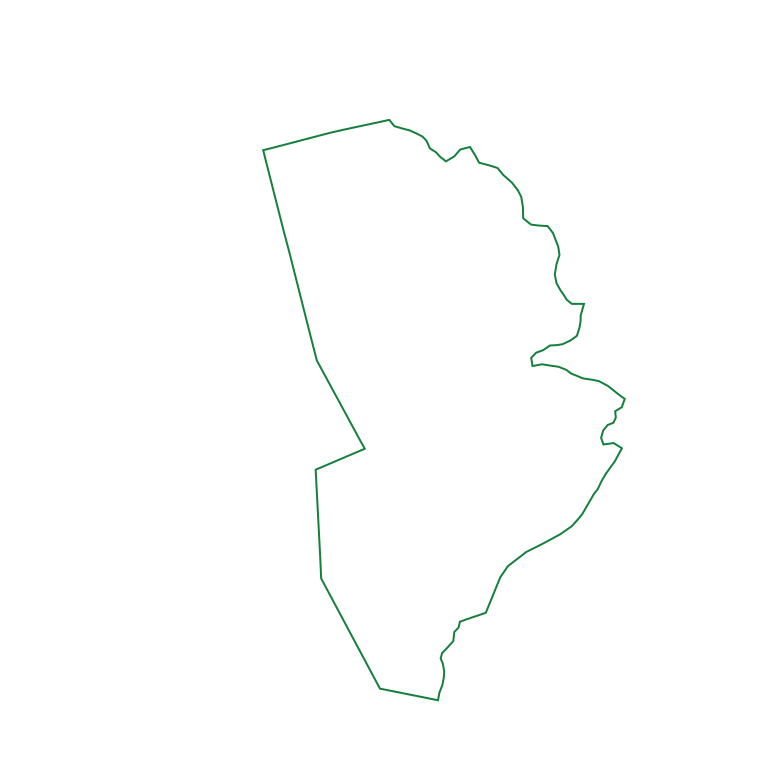 outline of Caraúbas do Piauí, Piauí, Brazil, rotated 129°
{"feature_id": "56859067B66346161211565", "entity_name": "Caraúbas do Piauí", "entity_type": "district", "adm_level": 2, "iso_a3": "BRA", "parent_name": "Brazil", "parent_adm1": "Piauí", "projection": "albers", "projection_center": [-41.857, -3.587], "detail": "fine", "context": "isolated", "style": "outline", "palette": "green", "viewbox_px": 768, "rotation_deg": 129, "n_neighbors": 0, "source": "geoboundaries", "source_scale": "gbopen_adm2", "svg_char_len": 1594}
<svg xmlns="http://www.w3.org/2000/svg" viewBox="0 0 768 768"><g transform="rotate(129 384 384)"><path d="M497.7,160.9L461.1,172.0L447.5,173.1L424.9,167.7L410.0,160.9L389.9,152.5L376.4,148.6L367.4,148.1L360.1,148.1L337.1,151.7L331.4,151.7L322.2,153.9L314.1,155.1L298.6,156.0L284.2,158.7L285.4,168.4L292.9,175.4L289.3,181.3L282.2,184.4L275.2,184.4L269.6,181.3L264.2,182.7L259.7,187.2L252.4,184.6L244.1,187.5L244.5,195.6L244.5,201.0L244.6,208.9L246.6,219.0L250.2,225.8L254.4,232.8L256.5,240.0L258.1,244.9L258.3,251.2L260.8,259.3L264.8,265.9L269.3,273.7L276.6,279.9L271.0,286.1L264.0,285.5L257.5,281.6L249.7,279.3L244.6,273.7L240.7,270.3L233.1,266.6L225.2,264.4L217.3,267.5L211.7,270.6L206.9,274.3L195.9,279.0L199.3,283.2L203.5,288.4L203.5,295.1L201.8,299.9L199.9,306.4L197.1,313.4L191.4,320.2L182.4,325.3L173.2,328.9L167.6,335.1L163.1,342.9L160.3,347.8L158.3,356.2L163.7,363.8L167.6,370.1L167.6,380.1L159.2,387.3L152.2,395.1L149.2,401.9L147.0,411.2L146.5,423.0L144.7,431.7L148.1,440.4L152.2,449.4L148.8,457.3L145.7,466.3L153.8,472.3L162.8,472.6L172.0,476.0L172.1,483.6L171.2,489.3L172.0,496.6L168.2,504.1L167.5,509.8L168.7,515.7L170.7,523.5L174.1,531.0L177.1,538.2L175.4,546.1L211.4,575.1L222.6,583.9L270.7,619.3L278.3,625.0L282.2,619.9L327.6,559.1L341.4,540.2L391.3,473.5L408.0,451.0L442.5,367.9L446.4,358.2L493.6,383.2L556.7,326.4L574.7,310.4L623.3,195.4L595.8,143.0L589.0,146.7L581.2,149.2L574.8,152.6L569.6,156.2L564.2,162.4L561.7,167.2L556.5,169.5L550.0,168.9L540.1,168.4L532.5,173.3L526.3,172.8L521.0,175.4L514.8,171.7L497.7,160.9Z" fill="none" stroke="#15803d" stroke-width="2"/></g></svg>